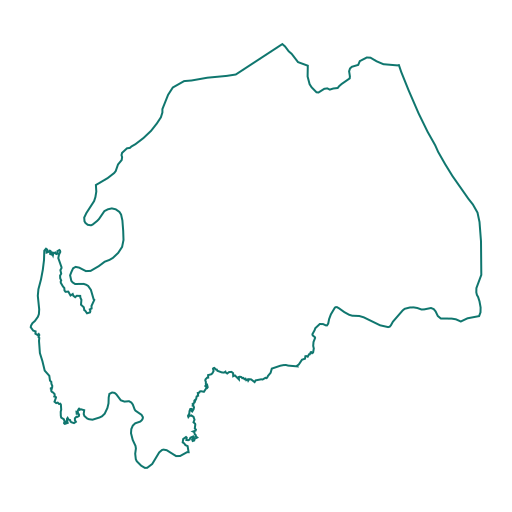 outline of Thoulakhom, Vientiane, Laos
{"feature_id": "54806243B19850954629179", "entity_name": "Thoulakhom", "entity_type": "district", "adm_level": 2, "iso_a3": "LAO", "parent_name": "Laos", "parent_adm1": "Vientiane", "projection": "equal_earth", "projection_center": [102.616, 18.346], "detail": "fine", "context": "isolated", "style": "outline", "palette": "teal", "viewbox_px": 512, "rotation_deg": 0, "n_neighbors": 0, "source": "geoboundaries", "source_scale": "gbopen_adm2", "svg_char_len": 5897}
<svg xmlns="http://www.w3.org/2000/svg" viewBox="0 0 512 512"><path d="M162.4,109.1L162.4,112.5L160.9,117.3L156.9,123.4L151.0,130.9L143.5,138.0L135.4,144.2L131.4,146.5L129.9,147.9L127.0,148.3L122.1,152.8L121.5,155.1L122.1,157.1L121.7,160.0L118.0,164.5L115.7,171.1L114.2,173.0L107.8,178.0L95.9,185.0L96.3,191.6L95.4,197.1L94.1,201.1L86.4,213.0L84.2,217.6L84.5,221.3L85.4,222.9L87.7,224.8L91.0,225.3L92.6,224.6L97.3,220.8L99.0,219.0L104.4,211.1L107.9,209.3L111.8,208.4L115.7,209.3L119.4,211.9L121.1,214.6L122.4,220.5L123.2,231.0L123.5,240.0L122.1,246.9L118.2,252.9L112.9,257.9L109.5,259.9L104.7,261.7L98.7,266.2L90.6,270.9L85.9,271.1L79.1,267.6L75.6,266.9L73.1,268.3L71.5,271.7L70.1,275.3L71.3,280.8L72.6,282.4L75.1,284.0L83.7,283.9L86.3,284.8L88.2,286.0L90.9,289.9L93.6,299.2L94.3,299.9L91.5,305.9L91.6,308.5L89.8,309.4L90.4,311.0L90.0,312.4L87.0,313.3L85.2,310.7L84.3,310.2L83.8,307.3L81.0,304.7L81.4,299.8L80.4,297.7L80.2,295.9L76.7,295.8L75.2,297.2L73.3,295.7L72.7,294.0L70.5,295.5L68.3,291.6L65.5,291.8L64.5,290.5L64.3,288.0L62.9,286.4L60.8,282.8L60.7,281.5L61.2,280.4L60.2,278.3L60.1,275.6L61.2,273.7L60.4,270.1L61.5,268.1L61.5,267.2L58.3,258.1L59.0,254.6L60.3,251.9L60.0,250.6L59.4,250.0L57.4,251.2L57.6,253.1L56.8,254.1L56.2,254.0L55.2,252.5L54.3,253.1L53.4,252.8L52.9,255.3L51.6,252.4L50.9,252.6L51.0,254.3L50.1,253.9L50.6,251.2L50.2,250.8L49.6,250.7L49.0,251.7L46.6,252.6L46.5,251.3L47.4,250.8L47.2,249.6L46.0,248.7L44.3,250.7L44.0,260.1L42.8,269.8L41.0,279.4L38.4,289.3L37.8,295.8L39.2,309.4L38.9,314.1L37.9,316.8L34.9,321.0L32.4,323.2L31.1,325.5L30.7,327.2L33.2,330.6L35.6,331.4L35.4,333.7L37.6,335.0L38.7,334.0L39.3,335.0L38.5,337.0L39.3,337.9L39.0,340.9L39.9,353.1L42.4,361.1L44.7,370.6L49.3,375.8L50.0,380.6L51.3,381.9L51.4,383.8L52.3,385.9L52.1,387.7L50.8,388.3L50.8,388.8L51.6,389.2L51.2,390.8L51.8,391.8L53.1,392.5L54.6,394.1L54.7,395.6L54.3,396.5L55.8,397.0L56.0,397.5L54.5,401.7L56.2,403.1L57.7,402.6L59.1,404.0L60.3,403.7L60.9,404.7L61.2,409.7L60.7,411.8L60.8,415.7L61.2,417.6L63.9,419.3L64.2,420.5L65.4,421.8L64.2,422.4L64.1,423.3L64.8,423.9L67.7,422.9L66.9,420.3L67.0,418.8L67.6,417.9L68.6,419.6L70.1,420.1L70.5,421.5L71.3,422.2L74.0,423.1L75.9,421.8L74.9,420.2L74.9,418.3L76.5,416.7L77.4,416.9L78.9,416.0L79.1,414.7L78.5,413.8L76.7,413.8L76.5,411.9L77.9,412.3L77.7,410.8L78.9,408.7L79.3,408.7L79.7,409.8L81.0,409.3L84.2,410.2L83.7,414.0L84.4,416.0L87.2,418.5L88.9,419.2L92.5,419.7L99.5,417.5L102.0,416.3L104.7,413.7L107.4,408.0L108.5,403.4L108.7,397.4L109.4,393.9L112.1,392.5L114.6,392.9L116.3,394.3L120.8,400.3L124.5,401.6L129.0,401.2L131.3,402.5L132.8,404.5L134.7,409.6L135.5,410.7L141.5,414.8L142.9,417.2L142.7,418.7L141.7,420.3L140.2,421.6L135.2,423.3L132.8,425.6L131.3,429.1L131.0,433.2L132.7,439.9L135.5,445.9L135.9,448.5L135.2,453.7L135.8,459.2L136.8,461.3L141.2,465.7L144.9,467.9L147.2,467.8L152.2,464.0L159.2,452.4L162.0,450.0L163.5,449.6L166.7,450.2L176.1,456.1L180.1,456.0L187.0,452.2L188.6,452.2L187.6,446.1L185.4,445.1L184.2,443.4L182.7,442.4L183.2,439.0L186.0,437.0L186.7,437.6L186.4,440.0L188.3,440.2L189.6,439.6L190.4,437.7L193.3,436.4L193.8,437.1L192.1,439.5L192.7,441.0L194.2,440.5L194.6,438.8L197.2,437.5L195.8,436.3L195.8,435.2L194.8,434.3L194.2,432.0L193.1,431.5L195.6,430.6L195.9,429.6L194.8,428.4L195.3,424.6L195.1,423.7L193.5,422.3L194.5,419.7L193.5,416.8L191.3,415.4L190.9,415.8L189.7,415.3L188.4,417.0L188.0,415.9L189.3,413.5L189.5,411.1L190.3,409.0L191.5,408.9L191.6,411.0L192.2,411.5L193.6,409.2L194.0,407.3L193.5,406.1L192.7,405.7L193.3,404.7L192.7,404.0L194.6,402.4L194.9,401.6L194.3,401.2L194.4,400.6L195.0,400.0L195.4,400.3L196.2,398.8L196.6,396.5L198.1,395.7L197.8,395.0L198.1,394.4L197.8,393.0L199.3,392.6L199.7,391.6L200.9,391.2L203.9,391.8L206.2,388.3L207.0,388.2L207.7,387.2L207.3,385.6L206.8,386.5L205.9,386.6L205.3,386.0L206.2,384.4L205.8,383.4L205.9,382.0L205.3,380.5L205.5,379.4L207.1,377.7L208.2,377.6L208.1,375.1L211.2,374.3L212.3,373.4L213.6,371.0L213.0,368.7L213.4,368.2L214.3,367.9L216.0,369.6L216.8,369.6L217.4,370.8L221.8,372.4L224.0,372.6L225.4,371.7L225.6,372.4L227.2,373.5L229.0,372.1L231.5,371.9L233.1,373.2L233.2,376.2L234.9,375.4L238.9,379.4L238.8,377.0L239.8,376.7L241.4,377.1L242.3,378.2L243.3,377.9L244.5,379.2L245.5,378.7L246.2,380.2L247.7,379.4L248.2,380.7L249.2,379.2L251.1,379.4L254.6,382.1L255.6,380.4L261.2,379.3L262.6,379.5L265.5,377.8L266.2,378.2L267.1,377.7L268.0,375.9L270.6,372.8L271.8,368.6L280.4,365.7L283.5,365.1L285.9,365.0L288.2,365.6L297.4,366.4L297.1,365.7L298.8,364.5L302.0,359.7L305.0,358.7L305.4,356.2L306.6,356.1L307.7,356.7L309.0,354.3L309.8,354.3L310.7,352.2L311.3,352.1L312.1,353.2L313.1,352.5L313.8,348.5L313.2,345.9L313.5,342.0L315.1,337.9L314.9,337.2L312.7,335.4L312.4,334.2L314.6,330.2L315.3,328.2L319.8,324.0L323.1,324.1L325.9,325.4L327.0,325.4L328.2,323.6L329.1,319.1L330.9,314.3L334.9,307.6L335.9,307.1L336.9,307.1L339.0,308.3L344.3,312.1L349.2,314.8L352.2,315.7L359.3,316.0L363.7,317.3L380.1,325.3L388.1,327.1L389.7,326.7L390.9,325.3L392.9,321.7L402.7,310.4L404.7,308.8L409.8,307.5L413.7,307.4L417.3,308.0L421.5,309.5L424.2,309.4L431.0,308.0L433.7,309.1L435.6,311.4L437.8,316.0L440.8,318.5L451.6,318.6L455.9,319.3L460.8,321.5L467.5,318.3L479.1,316.1L480.5,312.3L480.6,307.5L479.5,301.4L478.1,297.0L476.9,294.9L476.3,292.3L476.4,288.1L481.3,274.9L481.0,241.3L479.5,222.0L477.5,212.6L472.9,204.5L468.4,198.8L452.5,176.1L445.1,164.1L438.1,151.8L435.2,145.3L427.6,131.8L418.6,113.4L408.6,90.3L401.2,71.9L398.9,65.1L397.4,65.4L383.4,64.2L376.6,61.3L370.5,57.7L366.8,57.5L359.8,61.1L358.2,64.9L351.8,66.8L350.0,68.5L349.1,71.3L349.9,76.4L349.7,78.4L341.6,84.0L339.1,86.2L337.7,88.0L333.3,88.5L329.8,89.6L327.3,88.4L324.3,88.8L318.5,92.5L316.5,92.3L311.6,87.3L309.6,84.2L307.6,76.5L307.8,65.7L298.0,62.1L291.7,53.9L288.7,51.3L285.0,46.4L282.3,44.1L235.8,74.5L226.7,75.9L207.4,77.7L191.5,80.5L184.1,81.1L172.8,87.5L168.1,94.8L162.4,109.1Z" fill="none" stroke="#0f766e" stroke-width="2"/></svg>